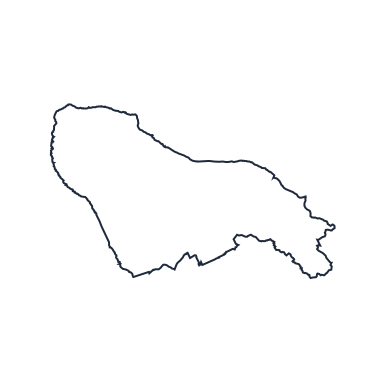 Yankalilla, South Australia, Australia (Natural Earth projection), rotated 64°
{"feature_id": "25037944B56627334914518", "entity_name": "Yankalilla", "entity_type": "district", "adm_level": 2, "iso_a3": "AUS", "parent_name": "Australia", "parent_adm1": "South Australia", "projection": "natural_earth1", "projection_center": [138.318, -35.494], "detail": "fine", "context": "isolated", "style": "outline", "palette": "slate", "viewbox_px": 384, "rotation_deg": 64, "n_neighbors": 0, "source": "geoboundaries", "source_scale": "gbopen_adm2", "svg_char_len": 5997}
<svg xmlns="http://www.w3.org/2000/svg" viewBox="0 0 384 384"><g transform="rotate(64 192 192)"><path d="M285.0,78.8L283.3,79.4L282.8,80.0L283.2,82.3L280.1,84.1L279.4,83.7L277.5,83.8L275.7,85.8L274.4,86.3L271.9,88.6L271.3,89.2L270.9,90.7L268.9,92.5L268.5,93.8L267.9,94.3L267.4,95.4L265.6,96.1L263.2,94.8L261.4,94.4L260.4,94.5L258.1,96.2L255.9,97.0L253.6,97.0L251.2,95.7L249.5,93.7L247.7,93.1L247.0,92.3L245.8,91.9L245.4,94.7L244.9,96.5L244.2,97.8L242.7,98.7L240.2,98.9L238.0,100.5L236.6,101.1L230.7,106.3L228.9,107.4L227.2,107.9L226.0,107.9L225.3,108.5L220.8,108.5L218.2,109.3L216.7,110.1L215.8,111.4L214.6,112.0L214.7,112.4L213.1,110.7L212.7,110.8L208.3,112.7L207.9,113.5L205.0,114.8L204.6,115.4L202.8,115.7L201.0,118.7L199.7,119.2L198.4,120.6L196.7,121.6L194.8,123.7L191.4,125.2L191.2,125.9L189.9,126.9L188.9,128.7L187.9,129.7L187.4,130.9L186.6,131.7L186.3,132.9L185.5,133.5L184.5,136.3L184.5,137.2L183.4,141.3L181.9,142.8L181.1,145.8L179.9,148.4L178.1,151.0L176.7,154.4L174.6,158.3L171.6,163.0L167.1,173.7L166.7,173.9L166.3,175.0L164.1,177.8L161.8,179.4L159.5,180.1L157.6,181.9L155.7,183.1L151.2,187.5L150.4,187.9L148.1,190.0L141.3,194.1L141.3,194.5L140.6,195.3L140.3,196.1L139.7,196.6L139.1,196.4L139.2,196.9L138.6,197.4L136.0,197.5L136.0,198.0L135.3,198.5L131.8,199.8L131.4,200.2L131.3,200.7L128.6,202.8L127.1,202.6L125.5,203.6L124.3,203.2L123.9,202.5L123.6,202.6L123.7,203.5L123.1,203.5L122.8,204.5L121.4,205.2L119.9,206.8L118.0,207.7L116.5,209.2L115.2,209.5L112.9,211.6L111.1,211.9L109.2,211.9L108.2,211.5L106.9,210.2L103.8,209.1L101.4,208.9L99.4,208.2L97.4,208.9L96.8,210.9L96.1,211.7L95.8,213.4L95.1,214.2L93.2,216.3L92.3,216.8L91.7,216.6L91.0,217.1L91.0,217.9L90.2,218.1L89.8,218.7L89.6,220.5L87.9,222.3L86.9,222.7L85.4,225.1L83.7,226.9L81.2,228.2L81.2,228.9L80.7,229.6L80.0,229.7L78.0,232.2L77.1,232.7L77.2,233.5L75.5,235.6L75.5,236.1L75.0,236.3L75.0,236.9L74.1,238.5L74.1,239.3L73.5,240.2L73.5,241.6L72.2,244.1L72.2,245.4L71.6,246.9L70.5,247.6L71.0,248.8L70.7,250.2L69.5,252.7L68.9,253.1L68.7,254.3L67.6,255.0L67.1,257.2L65.4,259.2L63.6,260.0L62.1,261.5L60.4,262.4L59.2,264.4L59.2,265.0L59.7,265.5L59.4,266.8L60.2,269.0L60.0,270.2L60.4,271.4L60.2,272.0L60.3,273.9L59.9,275.4L60.4,276.5L60.1,278.0L60.4,278.8L62.6,281.6L64.5,283.2L65.5,283.4L67.2,283.2L68.3,283.8L69.6,283.4L70.8,283.8L72.2,287.0L75.7,288.8L76.0,289.7L77.1,290.4L77.0,291.3L77.8,292.2L79.4,292.6L80.8,292.5L81.6,292.0L81.6,292.9L82.1,293.3L82.4,293.1L82.7,294.0L83.7,294.9L85.4,294.7L85.1,295.5L86.2,295.6L85.9,296.5L88.8,298.4L89.4,298.5L90.3,297.9L90.8,298.0L91.1,298.7L91.7,297.9L92.2,298.0L92.9,300.6L95.0,301.2L95.0,301.6L95.5,301.8L95.8,301.6L96.0,302.2L96.9,302.6L97.8,302.3L98.7,302.2L98.8,302.5L100.8,302.3L101.1,303.2L103.7,304.2L104.3,304.2L105.1,303.4L105.1,303.8L105.6,304.1L107.6,304.4L108.1,305.0L109.3,304.6L111.3,305.2L112.2,304.6L113.2,305.2L113.7,304.7L116.5,303.9L116.9,304.3L118.3,304.5L118.9,303.9L119.7,304.3L120.9,303.7L121.4,304.0L125.3,302.3L125.7,303.0L127.0,303.4L127.9,303.2L130.1,301.4L130.6,301.7L130.6,302.3L131.7,301.5L133.0,301.6L134.6,300.3L135.9,299.9L137.4,298.2L138.1,298.2L138.3,298.6L139.0,298.8L140.2,297.3L140.7,297.2L141.1,297.7L142.2,296.9L142.8,296.1L143.6,296.1L144.2,295.1L145.6,294.9L146.4,294.0L147.3,293.7L149.8,290.1L152.6,289.2L152.9,289.5L154.2,289.2L156.3,288.2L157.4,288.7L158.1,288.3L158.7,288.5L160.6,287.9L162.9,288.8L164.9,288.2L165.4,288.4L166.0,288.1L166.9,288.4L168.0,288.2L168.0,287.8L168.5,287.9L169.3,287.4L170.7,288.0L177.6,287.9L183.5,288.4L200.8,288.6L203.6,289.9L205.3,289.9L205.6,290.1L205.8,289.6L206.3,289.6L206.8,289.0L208.8,288.5L211.6,288.3L212.4,287.9L213.4,288.3L214.5,288.2L215.7,287.7L216.4,287.9L217.2,288.8L218.6,288.9L220.0,288.4L222.5,288.9L222.6,288.2L223.3,287.6L224.7,288.2L224.8,288.9L225.1,288.4L225.2,288.7L226.2,288.4L227.2,289.0L228.1,289.0L230.8,287.8L232.8,285.3L234.6,283.9L236.2,283.2L236.5,283.4L237.5,282.2L239.4,281.5L241.6,282.1L242.7,282.0L244.9,265.8L246.4,266.0L244.9,260.9L245.4,260.6L245.4,258.7L246.9,255.9L246.5,253.8L244.8,249.9L245.1,248.8L246.1,247.4L247.4,246.3L248.7,245.8L250.3,244.3L252.0,243.5L253.3,242.0L254.0,241.6L250.1,237.4L249.3,235.9L248.4,232.6L246.8,228.9L245.4,227.1L244.9,225.7L245.3,224.4L244.7,223.9L244.7,222.6L250.5,222.7L250.0,217.4L250.6,216.4L251.8,216.3L252.6,216.8L258.8,216.7L259.6,217.7L261.1,217.7L260.9,216.4L259.0,214.6L262.1,214.7L262.6,200.8L262.4,199.3L262.8,196.5L262.3,196.5L262.4,190.8L262.1,190.8L262.3,189.8L261.6,189.5L261.8,188.6L261.1,188.2L260.8,187.6L261.0,187.3L261.0,180.2L262.4,178.8L260.8,177.2L261.0,176.4L260.1,175.1L259.9,173.6L257.9,175.3L252.7,175.3L250.2,170.2L251.7,168.9L252.4,166.3L255.6,163.6L256.4,161.8L256.0,160.9L256.2,157.8L258.9,156.2L260.4,154.4L265.2,153.1L266.8,151.2L266.7,150.5L267.9,148.7L268.2,147.5L268.0,146.5L268.5,145.7L268.4,144.8L268.8,143.9L268.7,142.3L268.9,142.1L269.6,142.1L271.0,141.4L271.1,141.1L273.0,139.9L273.5,141.2L274.4,140.6L275.6,141.8L276.3,141.1L277.4,141.8L277.8,141.2L278.4,142.1L280.9,141.8L282.2,139.3L282.8,138.9L283.3,139.1L283.9,139.0L285.5,138.0L285.7,136.6L286.7,135.6L288.5,135.7L290.4,134.9L289.6,131.9L290.3,131.3L291.5,130.8L292.4,131.1L294.3,130.9L296.6,129.7L297.6,129.8L298.3,132.0L299.5,131.7L300.3,130.5L301.3,130.4L303.6,127.7L304.9,127.3L306.0,127.4L306.6,127.0L308.2,127.9L308.7,126.7L310.1,127.6L311.1,127.3L312.9,127.6L314.2,126.5L314.2,125.9L315.9,124.2L316.9,124.1L317.5,123.6L317.6,123.2L318.2,122.8L319.6,123.5L321.3,123.1L321.7,121.2L322.9,117.9L322.5,116.9L320.7,115.7L320.3,115.0L321.5,113.5L323.2,112.9L323.3,111.6L324.8,109.8L324.3,107.8L324.0,107.6L323.9,106.2L322.4,103.3L322.9,100.9L320.1,99.0L318.3,99.5L316.8,97.7L316.6,98.2L315.4,98.8L310.1,100.1L307.9,99.8L304.2,101.2L300.2,104.0L298.1,104.6L297.4,103.3L296.7,103.0L295.1,103.1L295.3,101.6L296.3,100.3L289.8,100.3L290.4,99.4L289.7,94.5L290.1,92.2L289.5,91.2L288.1,90.4L286.9,90.5L286.2,89.5L284.7,88.4L285.4,86.4L287.6,83.9L287.8,83.0L287.4,82.5L287.0,79.7L285.0,78.8Z" fill="none" stroke="#1e293b" stroke-width="2"/></g></svg>